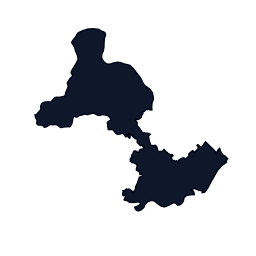 outline of Tu Nghia, Quảng Ngãi, Vietnam, rotated 41°
{"feature_id": "81297802B55656475848083", "entity_name": "Tu Nghia", "entity_type": "district", "adm_level": 2, "iso_a3": "VNM", "parent_name": "Vietnam", "parent_adm1": "Quảng Ngãi", "projection": "robinson", "projection_center": [108.775, 15.091], "detail": "fine", "context": "isolated", "style": "filled", "palette": "ink", "viewbox_px": 256, "rotation_deg": 41, "n_neighbors": 0, "source": "geoboundaries", "source_scale": "gbopen_adm2", "svg_char_len": 5919}
<svg xmlns="http://www.w3.org/2000/svg" viewBox="0 0 256 256"><g transform="rotate(41 128 128)"><path d="M83.3,164.9L83.0,162.6L82.5,161.0L79.0,155.1L81.4,153.8L82.2,153.2L82.6,152.6L83.1,150.5L83.5,149.8L84.7,148.4L85.8,146.3L86.8,145.5L87.9,145.0L88.7,144.3L91.4,140.2L92.3,139.5L92.8,139.2L97.1,138.0L98.0,137.4L100.1,134.4L104.2,131.9L105.1,131.8L107.7,132.1L109.5,132.4L109.8,133.1L108.7,136.9L108.7,137.2L111.7,140.0L114.2,142.1L117.2,139.4L118.0,139.2L122.1,139.9L123.7,139.8L124.4,139.5L125.8,138.0L127.3,135.3L128.7,135.2L130.1,135.5L131.7,136.1L132.2,136.1L132.3,136.0L132.4,135.3L131.7,134.9L131.4,134.5L131.5,134.2L131.8,134.0L133.4,134.3L134.8,134.8L135.7,134.7L135.9,134.1L135.7,133.8L135.1,133.0L134.4,132.5L132.3,132.4L132.0,132.3L131.9,131.7L132.2,131.3L132.5,131.2L136.3,131.1L140.3,131.3L141.5,130.6L142.2,130.5L142.7,130.6L143.9,132.4L144.4,132.7L145.0,132.9L146.4,132.9L148.7,133.2L149.0,133.0L149.6,132.0L150.0,131.7L150.6,131.7L150.9,132.1L151.3,132.3L151.8,132.2L153.1,131.3L153.2,132.1L153.0,134.6L152.7,134.9L152.0,135.2L151.7,135.6L151.4,136.0L151.2,137.0L151.3,137.5L152.1,139.1L151.5,139.7L150.7,140.2L149.1,140.3L148.4,140.7L148.1,140.9L147.7,141.9L147.8,142.4L148.7,144.2L148.8,145.1L148.6,146.0L148.8,146.5L149.2,146.8L149.8,146.8L150.1,150.0L150.8,150.4L151.6,151.6L151.8,151.6L152.0,151.5L152.6,150.6L153.1,150.7L153.5,151.4L153.9,151.5L154.9,150.5L157.9,149.8L158.9,150.0L159.3,150.1L160.0,151.0L161.5,153.8L162.2,154.2L162.8,154.2L163.7,153.7L165.0,153.5L165.4,153.6L167.2,155.0L167.7,155.2L167.9,155.1L168.4,153.9L168.7,153.8L169.9,154.3L170.3,154.6L170.5,154.9L170.3,155.6L168.9,157.5L170.7,162.1L171.4,163.7L172.2,166.9L172.7,168.0L174.1,169.5L174.0,171.3L174.1,172.3L173.8,172.9L173.4,173.1L171.2,173.1L168.9,173.4L168.5,173.8L168.1,174.6L166.9,175.1L166.6,176.1L166.8,177.4L166.8,177.6L165.4,178.6L166.2,179.2L167.1,181.1L168.1,182.0L168.7,182.1L169.0,181.9L170.1,180.2L170.6,180.0L172.0,184.3L172.2,184.7L172.7,184.7L175.0,183.3L177.5,183.1L178.1,182.9L181.1,180.5L182.5,179.0L183.7,177.5L184.6,176.8L186.1,176.0L186.8,176.4L187.1,177.4L187.1,178.9L186.7,180.4L185.2,182.9L185.1,183.5L185.5,183.7L187.9,184.4L189.2,184.3L190.3,183.5L190.9,182.7L191.5,181.3L192.0,177.9L192.0,177.5L191.1,175.1L191.0,173.3L191.2,170.9L191.5,170.2L192.7,168.0L193.3,167.2L194.2,166.5L196.3,165.7L199.8,165.6L203.5,165.2L204.6,165.0L206.7,163.9L207.2,163.5L207.8,162.6L209.6,159.1L211.4,154.4L211.7,154.1L213.3,153.5L216.1,153.6L217.2,152.3L217.7,151.3L218.0,149.6L217.9,147.9L217.3,146.1L216.6,145.0L216.0,143.5L216.2,141.4L216.6,140.5L217.3,139.4L219.4,136.9L221.7,134.8L219.7,133.2L218.5,132.9L217.1,132.9L216.8,132.7L217.2,130.6L217.5,130.2L218.3,129.8L221.4,128.8L225.5,126.7L226.4,128.1L227.7,126.6L227.9,125.9L228.0,125.1L227.7,123.7L227.7,121.9L226.2,115.6L223.3,101.2L223.4,96.8L223.7,93.6L224.4,91.1L224.3,90.5L224.6,89.5L224.6,89.1L224.2,89.0L223.7,88.1L223.4,87.3L223.4,85.8L222.0,85.8L219.8,85.5L218.0,86.1L217.1,86.1L213.6,85.1L212.0,84.3L211.1,83.5L210.5,83.3L210.4,85.3L210.9,87.6L211.4,88.8L204.6,88.1L201.2,88.0L195.6,87.6L196.2,93.1L196.2,94.8L193.0,94.7L191.9,94.8L191.5,95.0L191.5,95.8L193.6,96.6L194.3,97.0L194.5,97.7L194.3,101.1L194.1,102.9L191.8,102.6L191.6,102.8L191.5,103.2L191.6,105.1L191.1,105.2L191.0,107.9L192.3,108.5L192.0,113.0L191.6,114.2L191.5,114.3L189.7,113.8L189.2,114.5L188.5,115.7L187.8,117.7L187.5,119.0L187.6,119.3L188.5,119.9L188.9,120.5L188.5,120.9L187.0,120.6L186.3,120.8L185.7,122.3L184.5,122.0L183.7,123.1L182.6,123.0L181.9,123.4L181.6,123.3L180.8,122.1L179.7,121.6L180.1,119.8L180.1,119.5L179.4,119.1L178.5,119.2L177.7,120.4L177.2,120.7L176.0,120.7L175.1,120.9L172.3,120.9L171.3,120.9L169.6,120.5L169.3,120.8L169.4,122.4L169.2,123.1L168.8,123.6L167.5,124.7L166.6,125.7L165.7,125.8L164.9,125.4L163.4,124.2L161.6,123.3L160.2,123.1L159.7,123.4L159.3,124.3L158.7,124.9L155.5,126.3L155.0,126.0L154.9,125.1L154.2,124.6L153.3,124.4L152.7,124.0L148.6,120.6L148.9,118.2L146.4,118.9L144.9,120.4L143.3,120.9L143.2,121.2L143.4,122.0L143.2,122.1L141.8,122.0L136.4,120.6L133.7,120.2L133.1,120.0L132.5,119.4L131.6,118.2L130.9,117.8L130.2,117.5L128.4,117.4L128.3,116.3L128.5,116.0L130.0,114.9L130.2,114.6L130.5,113.6L130.9,111.0L130.8,110.8L129.9,110.4L130.0,109.1L129.8,107.5L129.6,107.2L128.7,107.2L128.6,106.9L128.6,106.6L129.1,105.4L129.4,104.3L129.5,102.1L130.5,101.3L131.3,100.4L132.6,99.9L133.7,99.1L134.1,98.5L132.7,97.4L131.9,96.4L130.1,94.0L129.4,92.8L128.5,90.1L127.6,88.9L123.8,85.8L122.4,85.2L120.7,84.8L118.2,84.5L112.5,85.0L109.6,84.2L106.4,82.7L104.3,82.0L93.2,79.8L88.6,79.5L87.7,79.8L82.9,82.3L80.0,83.4L77.6,84.7L76.7,85.6L74.5,88.4L73.6,89.7L73.1,91.0L71.5,92.6L70.3,93.5L69.3,93.8L66.6,94.0L65.3,93.7L62.7,92.8L62.0,92.4L60.3,90.3L59.3,88.4L58.9,86.4L56.7,82.7L54.1,79.6L51.6,76.1L50.8,74.6L50.1,72.7L49.5,72.0L48.4,71.4L47.6,71.3L46.0,71.6L44.2,72.4L41.5,72.7L40.3,73.4L36.6,76.0L32.8,79.7L32.2,80.6L31.5,82.0L30.1,84.0L29.1,86.5L28.3,88.0L28.0,89.0L28.0,90.0L28.2,91.4L28.7,93.0L28.8,94.4L28.9,98.0L29.4,100.4L31.8,101.1L35.3,102.3L37.6,104.1L41.1,105.7L43.5,107.2L44.5,108.0L45.2,108.8L45.6,109.6L46.5,112.9L47.5,119.1L48.2,122.4L48.8,123.4L49.5,123.9L51.4,124.4L52.0,125.2L52.2,126.5L52.0,127.5L51.9,128.8L52.5,133.2L53.0,134.1L54.1,134.9L55.4,135.5L55.7,135.8L56.0,136.5L57.9,142.5L58.7,143.4L59.1,144.4L59.2,145.3L58.4,147.0L56.4,149.5L55.1,150.8L54.2,151.4L53.1,152.7L52.8,154.0L52.8,159.1L52.5,159.4L50.5,160.6L48.6,162.6L47.4,164.4L47.0,166.1L47.2,167.4L47.8,168.8L48.6,169.7L49.7,170.5L50.0,171.1L50.1,171.7L50.2,172.8L50.1,177.4L49.9,178.4L49.3,179.2L50.3,179.8L51.2,180.6L54.3,181.8L54.8,182.3L55.7,184.0L56.2,184.4L56.8,184.6L57.6,184.7L58.8,184.3L60.3,182.8L61.5,182.1L62.1,182.0L64.0,182.3L64.5,182.1L65.1,181.4L65.6,180.5L67.0,176.5L67.5,175.8L68.9,175.1L70.5,173.3L71.7,172.4L73.2,172.1L75.8,171.9L77.0,171.6L77.5,171.2L78.4,169.9L80.7,167.3L82.9,165.5L83.3,164.9Z" fill="#0f172a" stroke="#020617" stroke-width="1.5"/></g></svg>